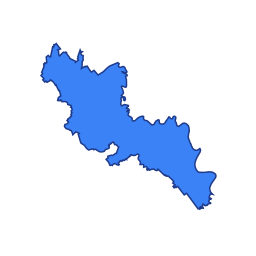 Texistepec, Veracruz, Mexico, rotated 317°
{"feature_id": "50627088B36629639951607", "entity_name": "Texistepec", "entity_type": "district", "adm_level": 2, "iso_a3": "MEX", "parent_name": "Mexico", "parent_adm1": "Veracruz", "projection": "natural_earth1", "projection_center": [-94.8, 17.777], "detail": "fine", "context": "isolated", "style": "filled", "palette": "blue", "viewbox_px": 256, "rotation_deg": 317, "n_neighbors": 0, "source": "geoboundaries", "source_scale": "gbopen_adm2", "svg_char_len": 5893}
<svg xmlns="http://www.w3.org/2000/svg" viewBox="0 0 256 256"><g transform="rotate(317 128 128)"><path d="M171.4,162.0L166.4,161.4L165.9,161.2L165.5,160.2L165.5,159.3L166.8,157.2L167.1,155.6L168.0,154.4L169.2,153.8L170.3,152.7L170.2,151.4L169.7,150.8L168.8,150.6L167.0,151.4L166.2,151.1L165.7,150.0L165.7,148.0L165.3,147.7L163.3,148.4L161.1,148.7L158.2,149.5L156.3,149.1L155.3,148.1L154.5,147.0L154.4,146.1L154.8,145.0L156.0,143.7L156.1,143.0L155.2,142.4L153.2,142.0L151.2,142.4L150.4,142.9L149.3,142.9L147.8,142.3L147.5,141.9L147.0,136.0L145.6,133.8L145.4,132.9L145.9,131.5L147.1,130.5L147.2,130.2L147.0,129.6L146.0,128.8L144.4,128.0L141.9,127.4L138.6,127.4L137.9,127.2L136.5,126.4L136.2,125.7L137.7,123.5L137.7,122.4L136.8,119.5L136.8,118.9L137.4,118.0L139.5,117.2L139.8,116.7L139.7,116.3L138.4,115.4L138.5,115.1L138.8,114.9L139.4,114.9L140.5,115.8L141.2,115.8L141.4,114.7L141.3,114.2L140.3,112.8L140.3,112.4L140.6,112.2L143.1,112.4L143.5,112.1L143.6,111.6L141.4,108.4L138.5,107.5L138.4,107.1L138.6,106.5L139.2,105.4L140.6,104.1L141.9,103.5L142.7,101.9L143.6,101.1L144.8,101.5L145.0,102.1L145.0,102.9L144.1,104.5L143.9,105.2L144.2,105.7L144.9,105.7L145.6,105.4L146.5,104.0L146.7,103.0L145.3,101.4L145.5,100.5L145.3,99.7L147.6,99.6L148.5,99.3L149.0,98.7L150.3,96.2L151.0,94.0L151.5,93.1L152.0,93.1L152.5,93.5L153.8,96.3L154.2,96.7L155.0,96.6L155.8,96.0L159.9,91.5L161.3,88.7L162.4,88.6L162.9,89.2L163.5,88.7L163.4,87.0L162.0,84.1L162.1,83.0L162.4,83.3L163.8,85.7L164.9,86.4L165.4,86.3L165.8,85.7L166.1,83.7L166.9,81.9L166.8,80.6L166.3,79.6L163.7,78.4L163.0,77.0L163.3,76.1L165.4,74.9L165.1,73.2L156.9,70.2L153.5,69.9L148.1,70.0L142.2,68.8L142.5,62.7L139.3,62.1L139.6,58.8L140.4,54.9L138.5,54.3L138.7,53.6L134.7,52.7L136.5,51.5L139.8,48.2L141.3,47.9L144.6,44.4L143.9,43.5L144.2,40.8L146.6,41.1L145.7,39.7L146.2,38.3L139.8,41.7L139.6,42.7L138.3,42.8L138.1,44.5L134.5,44.2L135.2,43.5L132.9,37.5L133.4,36.0L133.7,32.6L134.0,31.3L134.4,31.2L134.4,30.1L133.1,29.6L132.7,28.7L131.7,28.4L127.1,28.6L127.2,27.5L129.9,24.0L129.9,22.9L132.5,24.1L133.1,17.3L130.7,17.0L130.5,16.6L129.5,17.8L129.0,17.5L129.0,17.9L128.8,17.9L128.1,17.4L119.8,23.2L119.3,22.3L119.2,20.5L116.6,20.3L113.1,24.8L112.3,24.5L111.9,23.9L111.7,24.6L111.4,24.6L110.1,23.6L109.5,24.2L108.8,25.5L107.9,25.9L107.5,26.4L105.7,26.9L104.4,27.9L103.7,27.9L103.4,28.3L102.8,28.5L102.7,30.0L100.1,30.3L100.2,34.6L98.5,34.6L98.5,37.7L100.0,37.7L100.0,39.4L102.9,40.1L104.1,39.9L104.1,41.1L104.6,41.2L104.7,42.7L104.6,45.1L104.1,47.2L104.8,47.2L102.8,53.3L103.4,53.8L100.7,58.8L99.5,58.3L97.9,58.3L97.1,58.6L95.3,59.9L95.9,60.7L96.4,60.4L97.0,61.9L97.9,61.7L98.2,62.8L97.6,63.7L100.4,66.1L100.9,67.9L100.9,68.4L99.9,69.7L100.3,70.5L100.8,70.9L101.1,71.4L101.1,71.9L101.8,72.9L101.4,73.1L101.3,73.5L100.2,73.8L100.6,74.6L99.6,76.6L98.5,76.6L98.0,76.9L97.7,77.8L97.2,78.0L97.3,78.6L96.8,78.7L96.2,79.1L95.6,79.1L95.1,79.7L95.2,80.3L94.7,80.8L93.9,80.6L92.9,80.9L92.7,80.5L91.1,80.6L90.1,80.4L89.8,80.5L89.8,81.0L88.5,80.9L88.5,83.2L86.1,83.4L84.3,82.4L82.8,83.3L82.5,83.8L82.3,86.3L83.5,88.1L84.0,90.0L84.7,91.2L84.1,93.2L83.0,95.3L87.3,95.3L88.7,98.7L87.3,98.7L83.3,106.8L84.3,111.2L83.9,113.4L83.9,115.7L84.2,117.2L88.1,119.3L88.1,120.5L89.9,121.5L90.0,122.8L91.1,126.2L93.1,128.1L95.0,128.9L95.8,128.5L97.0,128.5L99.9,129.8L101.0,129.6L101.8,128.3L101.9,127.6L102.2,127.3L102.6,127.8L103.2,127.2L104.2,127.8L105.0,127.6L105.1,127.9L107.0,127.8L107.5,128.1L107.7,128.7L107.1,130.2L107.0,131.2L108.0,132.0L108.0,135.2L108.2,135.5L102.2,138.6L101.9,138.6L101.4,138.0L100.7,138.1L97.9,137.5L97.4,136.6L94.3,135.0L94.0,134.9L92.9,136.4L92.6,136.1L90.6,136.0L90.5,139.4L89.9,141.6L89.3,142.5L89.4,143.2L90.6,143.8L90.9,144.7L92.1,144.4L93.6,144.6L93.9,145.2L94.6,145.6L94.7,147.2L95.9,148.8L96.2,148.8L96.0,148.2L96.8,148.4L96.9,147.1L97.6,146.6L98.5,147.1L99.3,146.6L99.8,147.0L100.4,146.9L100.8,148.2L102.4,148.0L102.7,148.3L102.7,148.7L103.2,148.8L103.4,149.3L105.0,149.1L105.3,149.8L105.5,149.3L106.2,149.8L107.6,149.6L108.4,149.9L108.8,149.6L109.6,149.9L110.1,149.7L110.3,149.9L110.8,149.6L111.0,150.0L111.6,150.0L111.9,149.6L112.4,150.2L112.9,151.4L113.5,152.1L114.8,153.0L117.1,153.5L117.6,154.2L117.6,155.1L117.3,155.7L115.2,156.7L114.3,157.7L113.9,161.4L111.9,162.9L112.7,163.8L113.9,164.5L114.3,165.3L114.2,165.8L112.7,167.4L115.1,168.6L115.2,169.0L115.1,169.8L113.6,171.0L113.3,172.0L114.1,172.4L115.0,171.3L115.2,171.6L115.0,173.3L115.1,173.7L116.2,173.8L118.5,175.3L119.0,176.0L119.3,177.7L119.7,178.5L120.8,179.1L121.9,178.6L122.4,187.4L122.8,187.4L122.9,188.4L123.5,188.3L123.6,189.3L123.4,189.6L124.8,190.8L124.7,192.4L125.1,196.7L124.9,196.7L124.8,198.7L123.2,198.8L123.6,201.8L121.1,201.4L120.9,203.2L122.6,203.4L122.5,204.3L124.5,204.5L123.5,215.3L126.3,215.7L124.1,234.9L124.8,235.0L125.1,236.4L125.8,236.3L125.7,236.0L126.4,235.0L127.4,235.1L127.2,236.5L126.9,236.4L126.8,236.7L127.3,237.2L128.0,237.2L128.4,237.9L128.8,237.2L128.5,236.3L128.9,235.7L130.3,235.5L130.5,234.8L130.9,234.7L131.4,235.8L131.3,237.0L131.8,237.8L132.2,237.7L133.1,238.5L133.7,238.5L134.2,238.0L135.0,238.5L135.9,238.5L136.6,239.4L137.2,239.4L137.2,239.0L136.8,237.7L136.9,237.0L137.1,236.6L138.3,236.2L138.8,235.7L139.9,236.6L140.6,236.6L140.5,235.5L139.7,234.7L140.0,234.1L140.9,233.4L141.9,233.1L142.7,232.5L143.5,232.4L143.7,233.0L144.7,234.3L144.6,233.0L144.9,230.4L146.9,227.4L150.8,225.6L158.5,223.9L159.6,223.0L160.2,222.2L160.5,221.4L160.3,219.9L159.4,217.5L157.1,215.1L153.5,212.5L150.0,209.1L149.2,207.4L149.4,206.0L149.8,204.0L150.8,201.8L152.2,200.1L153.0,199.3L155.9,197.6L158.8,196.4L164.4,194.7L166.0,193.6L166.6,192.1L166.2,191.8L165.0,191.9L163.2,191.3L162.3,190.4L161.6,188.9L161.4,187.1L162.3,184.2L163.1,182.5L163.4,180.8L164.3,179.2L164.9,177.2L165.5,176.5L165.9,175.6L168.3,173.6L171.0,171.8L173.0,168.9L173.7,167.6L173.6,165.6L173.3,164.2L172.7,163.0L171.4,162.0Z" fill="#3b82f6" stroke="#1e3a8a" stroke-width="1.5"/></g></svg>